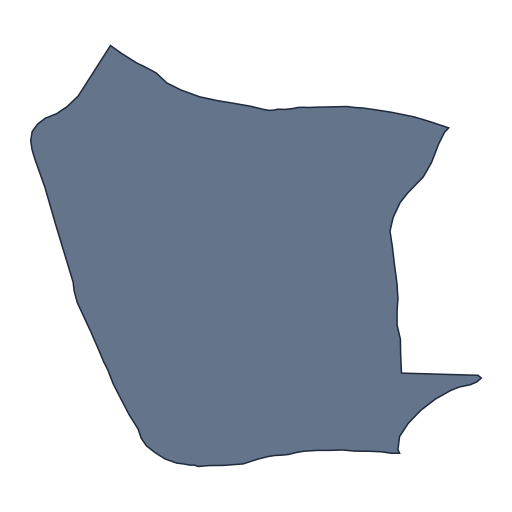 outline of Chbar Ampov, Kândal, Cambodia
{"feature_id": "14789045B58474594002009", "entity_name": "Chbar Ampov", "entity_type": "district", "adm_level": 2, "iso_a3": "KHM", "parent_name": "Cambodia", "parent_adm1": "Kândal", "projection": "natural_earth1", "projection_center": [104.993, 11.51], "detail": "fine", "context": "isolated", "style": "filled", "palette": "slate", "viewbox_px": 512, "rotation_deg": 0, "n_neighbors": 0, "source": "geoboundaries", "source_scale": "gbopen_adm2", "svg_char_len": 1564}
<svg xmlns="http://www.w3.org/2000/svg" viewBox="0 0 512 512"><path d="M448.7,127.9L431.4,122.1L414.2,116.9L402.5,114.5L392.2,112.4L375.0,109.7L364.4,108.2L360.8,107.8L355.8,107.6L346.6,106.5L326.6,107.0L318.6,107.1L308.5,107.5L303.6,107.3L298.3,107.4L291.7,108.7L285.2,109.4L277.6,109.2L274.1,110.1L268.8,110.4L261.8,109.0L250.4,106.2L234.3,103.4L217.3,100.6L199.6,96.8L181.4,90.2L166.9,83.0L156.2,73.0L146.5,67.7L136.8,63.0L130.1,58.8L121.7,53.5L112.9,47.3L110.5,45.5L78.2,96.0L66.9,106.8L61.7,110.2L56.8,113.6L45.1,118.3L37.6,124.1L32.2,131.5L30.7,140.6L32.0,149.4L34.4,157.7L35.9,162.0L43.7,184.0L44.6,186.3L55.6,224.4L73.1,282.1L74.2,291.2L77.3,302.6L88.8,327.5L90.7,331.4L94.4,340.1L98.4,349.2L103.8,362.0L107.9,370.1L113.2,383.9L120.9,398.9L129.0,414.5L138.2,429.2L141.2,438.3L146.4,445.8L154.6,452.3L165.1,459.0L176.7,463.1L183.2,463.9L190.3,465.2L193.9,465.0L198.1,466.5L201.6,466.2L208.1,465.6L223.5,465.4L243.2,463.9L257.5,459.2L268.3,456.5L275.5,455.4L279.5,455.3L283.2,455.0L288.3,454.5L296.9,452.4L304.1,451.2L316.9,450.4L328.9,450.4L342.2,450.0L355.1,451.1L370.5,451.3L381.3,451.8L391.9,453.3L399.6,453.2L397.9,449.7L399.6,436.5L408.1,423.5L420.8,410.3L435.5,399.0L450.6,390.5L459.4,387.0L470.1,384.8L476.7,382.0L481.3,378.1L478.0,375.3L401.5,373.1L400.6,353.0L400.4,339.1L397.1,325.1L397.1,311.0L397.6,302.9L398.0,298.2L397.4,291.1L397.1,284.7L395.9,275.3L394.6,265.8L392.3,246.1L390.0,231.2L393.1,217.6L400.1,202.6L407.6,193.1L423.2,177.0L431.5,162.6L438.6,144.1L444.5,132.3L448.7,127.9Z" fill="#64748b" stroke="#1e293b" stroke-width="1.5"/></svg>